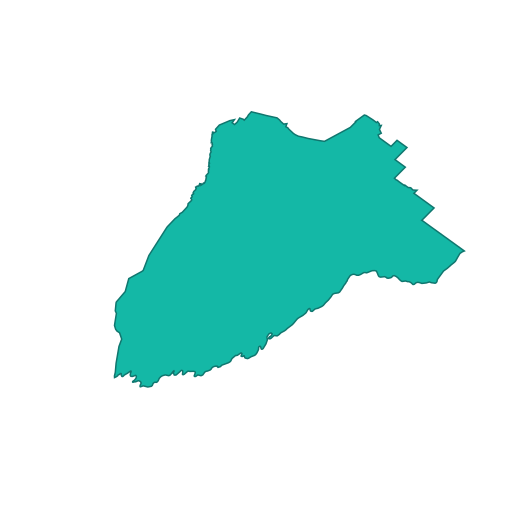 the district of Dunikas pag., Rucavas, Latvia, rotated 144°
{"feature_id": "27541924B90244884039067", "entity_name": "Dunikas pag.", "entity_type": "district", "adm_level": 2, "iso_a3": "LVA", "parent_name": "Latvia", "parent_adm1": "Rucavas", "projection": "natural_earth1", "projection_center": [21.341, 56.279], "detail": "fine", "context": "isolated", "style": "filled", "palette": "teal", "viewbox_px": 512, "rotation_deg": 144, "n_neighbors": 0, "source": "geoboundaries", "source_scale": "gbopen_adm2", "svg_char_len": 6081}
<svg xmlns="http://www.w3.org/2000/svg" viewBox="0 0 512 512"><g transform="rotate(144 256 256)"><path d="M78.6,290.3L78.7,293.2L80.1,293.2L81.4,297.5L84.3,304.9L85.5,306.4L96.5,306.4L96.5,305.8L104.1,304.6L133.2,308.5L136.1,311.3L144.7,320.4L148.7,325.2L151.3,328.0L153.0,331.2L153.7,333.2L154.9,339.4L154.9,341.0L155.9,343.1L153.2,344.9L156.1,346.5L156.9,350.2L157.0,352.2L157.8,355.4L165.2,363.7L168.3,367.5L175.0,375.4L179.1,374.6L181.4,373.6L185.7,372.8L185.9,374.1L188.1,377.2L192.6,375.3L196.1,375.0L197.0,377.8L193.3,379.0L197.6,380.9L208.7,383.5L214.3,382.3L214.9,380.2L216.7,380.2L217.9,380.5L218.1,380.7L217.9,381.4L217.9,381.6L218.2,381.8L218.4,381.8L219.1,380.9L219.2,380.2L220.0,380.3L220.2,380.1L221.3,378.6L223.0,377.0L224.2,375.8L224.3,375.3L225.6,374.0L225.1,373.7L225.0,373.1L225.4,372.5L225.8,372.3L225.7,371.8L226.5,371.0L226.9,370.3L228.0,370.2L229.4,369.7L229.5,369.5L229.5,369.1L230.6,368.2L231.0,367.0L231.3,366.6L231.7,366.3L232.6,366.0L233.8,365.0L234.0,364.5L234.4,364.0L234.4,363.5L237.1,361.5L238.1,360.2L239.3,359.1L239.0,358.6L239.1,358.3L240.1,358.1L240.6,357.2L241.5,356.5L241.0,356.2L241.3,355.4L243.0,354.5L243.6,354.0L243.6,353.9L243.4,353.7L244.6,352.8L245.2,351.6L246.0,351.1L248.9,350.5L249.5,350.2L249.2,349.9L249.2,349.7L249.7,349.0L250.3,348.7L250.7,348.0L251.2,347.8L251.8,347.0L252.4,346.8L252.8,346.4L254.1,345.6L255.2,345.2L255.5,345.3L255.4,345.8L255.7,345.9L257.0,345.5L258.9,345.6L258.6,346.0L258.8,346.2L258.1,346.6L258.0,346.8L258.9,347.4L259.0,347.6L259.7,347.2L259.5,346.8L261.3,346.3L261.5,346.5L262.0,346.5L262.3,346.8L262.4,347.1L263.5,347.1L264.2,347.2L264.2,346.9L264.6,346.7L264.5,345.9L265.2,345.6L265.9,345.1L268.4,344.8L269.8,344.0L269.7,343.3L270.1,342.9L271.4,343.1L272.5,342.7L272.7,341.6L272.9,341.4L274.4,341.2L274.8,341.0L274.8,339.5L275.1,339.1L276.4,338.7L280.1,338.3L281.6,336.8L283.0,336.1L289.9,334.7L292.8,335.0L294.2,334.0L299.5,333.8L310.5,331.8L311.7,331.4L342.3,319.4L355.8,310.6L357.4,310.6L372.2,312.5L382.7,304.1L396.0,300.9L396.7,300.4L402.1,294.3L402.6,291.7L411.3,283.0L412.6,279.3L412.6,276.9L411.5,274.1L413.5,267.7L420.0,263.4L432.2,251.5L438.2,244.6L441.0,242.2L441.9,240.8L439.8,240.4L438.3,240.4L437.4,240.8L436.2,240.5L435.0,240.6L434.5,240.5L434.3,240.3L434.2,240.0L435.0,239.0L435.3,237.6L435.1,237.1L434.4,236.8L432.3,237.1L428.9,236.7L425.6,236.7L425.1,236.6L424.8,236.4L424.9,236.1L425.1,235.7L426.0,235.3L427.5,233.9L427.9,233.2L428.0,232.5L427.8,232.0L426.6,231.1L423.7,230.3L423.4,229.9L423.5,229.0L424.3,228.1L425.1,227.6L427.2,227.0L429.5,227.0L429.9,226.5L429.8,226.2L428.5,225.7L427.2,224.9L424.8,224.4L424.1,223.9L423.5,222.8L423.3,222.0L423.5,221.1L424.0,220.4L425.2,219.8L426.0,219.2L426.4,218.8L426.5,218.2L426.1,218.0L423.7,217.3L423.1,216.7L420.6,213.7L420.1,213.4L417.3,212.1L416.0,212.2L414.1,213.4L412.8,213.5L412.2,213.4L410.6,212.2L410.2,212.2L408.6,212.5L406.1,213.9L404.0,214.3L401.9,214.1L399.5,213.2L398.8,212.6L397.1,210.6L395.9,210.1L393.6,210.5L391.1,211.3L389.9,211.4L389.9,211.1L390.2,210.7L391.7,210.2L392.0,210.0L391.8,208.8L391.9,208.2L392.1,208.0L391.7,207.3L390.5,206.7L385.8,207.1L384.1,207.4L383.4,207.2L382.8,206.4L383.5,205.1L385.0,203.6L385.0,203.2L384.8,202.8L383.5,202.5L379.2,202.9L378.6,202.7L378.0,202.3L377.4,201.5L374.4,199.5L373.5,198.5L373.4,197.8L374.0,197.0L376.3,195.5L376.6,194.9L376.3,194.4L375.5,194.0L373.6,194.0L372.9,193.9L370.9,191.5L370.2,191.3L368.9,191.1L366.2,192.0L365.2,192.2L364.1,192.0L362.8,191.4L360.0,190.7L358.9,190.8L358.2,191.2L356.9,191.5L355.3,191.4L353.7,190.8L352.2,189.7L352.0,189.2L352.3,188.9L352.2,188.2L349.7,187.4L348.4,187.7L347.5,187.7L340.9,185.8L338.9,185.7L338.1,185.9L336.3,186.9L335.3,187.2L331.0,187.5L330.6,187.3L330.2,186.9L329.8,186.8L329.4,186.6L325.6,186.5L324.9,186.2L324.7,185.4L325.5,184.7L326.7,184.0L326.9,183.7L326.4,182.9L325.5,182.5L324.5,182.5L324.3,182.3L324.4,181.9L324.8,180.2L324.6,179.7L323.3,178.1L322.7,177.8L321.8,177.6L319.2,177.4L315.8,176.5L314.4,176.4L312.4,177.0L310.5,178.0L308.9,178.9L307.7,180.4L307.3,180.7L306.6,180.8L306.1,180.8L305.6,180.3L305.6,179.8L306.4,177.9L306.3,177.4L305.9,177.0L304.7,176.9L299.7,179.0L296.5,181.2L295.9,181.9L294.8,184.0L294.1,184.4L291.4,185.4L289.9,185.2L289.2,185.0L288.9,184.6L288.7,183.5L288.9,183.3L290.7,182.6L291.7,182.5L292.6,182.7L293.8,182.3L294.4,181.8L294.1,181.3L293.2,180.7L292.2,180.6L288.4,181.0L287.7,180.7L286.0,179.1L285.6,178.9L283.2,178.9L281.5,179.2L280.6,179.2L277.0,178.7L275.2,178.7L273.3,179.0L266.9,179.1L264.9,179.5L261.5,180.4L259.3,180.9L257.8,180.9L253.0,180.4L249.4,180.6L248.6,180.8L245.7,182.1L244.2,182.3L243.6,182.1L243.4,181.8L244.1,180.0L244.2,179.5L244.1,179.2L243.4,178.4L242.9,178.1L239.8,178.4L238.9,178.3L236.6,177.3L232.4,176.5L230.5,176.5L227.3,177.3L223.4,177.8L219.3,178.9L217.3,179.7L216.4,179.9L215.7,179.9L214.3,179.5L211.0,177.8L209.5,177.7L205.1,179.2L202.2,180.5L199.4,181.3L198.1,182.0L197.1,182.2L195.5,183.3L191.6,184.7L191.0,184.8L189.2,184.5L188.1,184.1L187.5,183.6L186.8,182.9L185.8,181.2L184.3,180.1L182.3,179.6L178.5,179.2L177.6,178.6L176.3,177.3L170.8,175.9L168.5,174.4L167.5,173.1L167.7,171.6L168.6,168.0L168.5,166.9L168.0,166.1L167.5,165.6L164.1,163.7L163.5,162.7L163.1,161.9L163.0,161.1L161.8,160.1L159.7,159.2L158.9,159.1L156.8,159.4L155.7,158.9L154.6,157.0L154.0,154.8L153.8,152.7L153.4,150.9L152.9,149.7L152.4,149.3L149.7,147.9L148.5,146.2L147.1,145.1L146.2,143.1L145.8,140.8L145.5,140.5L144.9,140.2L144.4,140.1L142.5,140.3L140.8,139.8L139.6,138.7L137.9,136.3L134.0,134.1L131.0,133.1L129.9,131.4L127.1,128.7L126.0,128.5L125.2,128.7L124.6,129.0L123.2,130.3L121.9,130.8L113.1,133.6L108.4,133.6L103.4,134.1L99.3,134.3L97.8,134.5L96.0,135.3L93.9,136.3L89.5,138.2L86.6,138.1L84.5,137.6L98.6,180.6L100.7,187.1L100.9,187.4L83.7,190.2L91.4,213.9L87.1,214.6L90.1,217.0L90.4,218.0L90.6,219.9L90.9,220.5L92.7,222.0L93.9,225.9L94.5,225.7L96.6,231.9L97.3,234.5L97.8,235.0L98.3,237.6L83.0,240.1L86.9,252.3L70.1,255.0L73.9,266.7L82.3,265.3L86.8,279.2L86.0,282.2L82.5,281.7L81.7,285.9L77.9,288.0L79.6,289.0L78.6,290.3Z" fill="#14b8a6" stroke="#0f766e" stroke-width="1.5"/></g></svg>